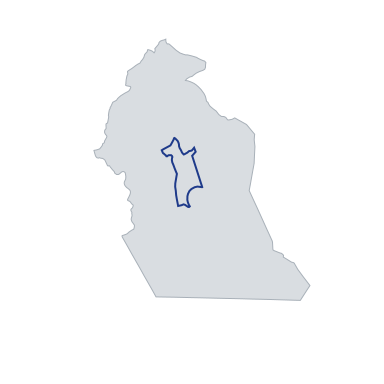 location of Batha Ouest, Batha, Chad, rotated 151°
{"feature_id": "50815135B78939282341988", "entity_name": "Batha Ouest", "entity_type": "district", "adm_level": 2, "iso_a3": "TCD", "parent_name": "Chad", "parent_adm1": "Batha", "projection": "natural_earth1", "projection_center": [18.7, 14.28], "detail": "fine", "context": "in_parent", "style": "outline", "palette": "blue", "viewbox_px": 384, "rotation_deg": 151, "n_neighbors": 0, "source": "geoboundaries", "source_scale": "gbopen_adm2", "svg_char_len": 4702}
<svg xmlns="http://www.w3.org/2000/svg" viewBox="0 0 384 384"><g transform="rotate(151 192 192)"><path d="M274.3,117.7L274.3,126.0L274.4,134.2L274.5,142.4L274.5,150.7L274.6,158.9L274.7,167.1L274.7,175.4L274.8,183.6L274.8,186.3L274.6,187.4L274.5,187.5L274.2,187.7L270.5,187.0L268.9,186.9L266.6,187.5L263.2,187.8L261.0,187.7L259.5,189.2L258.4,190.9L258.9,195.0L258.8,196.3L258.4,197.7L257.4,198.9L256.3,199.9L255.7,200.7L255.0,202.6L254.4,203.4L254.5,204.6L254.3,205.8L253.7,206.5L252.1,206.9L251.1,207.5L250.3,208.3L249.8,209.0L250.1,209.8L250.5,211.0L250.7,212.8L250.9,213.9L251.6,214.8L252.1,215.4L252.3,216.2L251.8,216.8L249.9,218.1L249.1,218.6L248.3,219.3L247.9,219.5L246.5,220.8L245.8,221.9L245.5,222.8L245.5,224.1L246.2,226.0L247.0,227.6L247.3,228.9L247.5,230.2L247.4,231.5L247.0,232.6L246.3,233.6L243.7,235.5L242.4,237.5L241.4,240.1L241.1,241.4L241.4,242.3L242.0,243.1L242.8,243.5L243.9,243.6L245.8,243.2L247.6,242.9L249.4,243.8L250.4,245.9L250.1,247.5L250.8,250.2L251.4,253.6L251.4,254.7L251.7,255.2L252.8,255.4L253.1,256.2L252.7,262.1L253.3,263.7L254.1,264.9L255.0,265.5L255.9,266.3L256.3,266.9L257.4,267.0L258.5,268.0L258.9,269.5L258.8,270.9L258.1,273.9L257.6,275.9L256.9,275.7L255.5,275.2L253.8,274.8L251.8,274.5L249.8,275.3L247.7,276.3L247.1,277.1L246.5,277.6L245.5,277.5L244.7,277.7L244.2,278.4L243.4,279.2L240.4,281.0L239.7,281.6L239.4,282.2L239.4,282.9L239.7,284.3L239.7,286.1L239.0,287.5L238.2,288.4L237.3,288.8L236.6,289.0L236.1,289.6L234.5,292.8L233.8,293.4L232.4,293.3L228.4,298.1L228.0,299.5L226.5,301.5L224.6,303.8L223.0,304.8L222.9,305.2L222.4,305.7L221.4,306.2L217.8,308.9L213.6,308.8L211.7,309.8L209.8,310.3L207.2,310.8L206.4,310.8L202.9,311.0L198.9,310.9L197.3,311.3L195.9,312.3L194.8,313.2L194.7,313.6L194.8,313.9L194.8,314.2L197.6,316.5L198.3,317.5L197.6,318.6L197.3,318.8L197.2,318.8L196.8,319.7L195.1,322.2L192.6,325.1L191.3,326.0L190.8,326.5L190.1,328.5L189.7,328.8L188.0,329.0L184.5,329.2L179.8,329.9L177.0,330.1L175.2,329.9L172.7,331.3L171.8,331.6L171.3,331.7L168.8,333.1L166.8,335.1L166.0,335.5L163.2,336.4L162.0,337.8L161.5,337.9L159.6,336.0L158.4,334.3L157.8,332.6L157.7,332.1L157.3,332.2L156.3,332.9L155.5,333.8L155.0,335.4L152.1,336.5L149.5,337.5L148.4,338.7L146.6,339.3L144.3,339.0L142.5,338.5L140.8,338.4L141.6,336.9L142.0,335.8L142.0,334.4L141.9,333.5L140.9,333.1L140.2,332.3L138.7,328.1L137.2,323.7L135.1,319.4L132.7,316.6L131.0,314.9L130.5,314.7L129.6,314.2L129.0,313.7L125.9,310.8L122.7,307.5L121.9,306.0L120.3,303.7L118.5,301.4L117.5,300.4L117.1,298.5L118.4,296.8L119.7,294.6L121.3,293.2L123.5,293.1L126.9,293.7L130.7,293.9L134.4,293.4L135.4,293.1L136.4,293.2L138.4,293.7L141.9,293.5L143.7,292.7L141.7,291.2L139.6,288.8L137.7,286.2L136.5,283.9L135.4,280.9L134.4,277.1L133.8,272.3L133.9,269.6L134.3,267.6L135.3,264.4L134.6,262.6L134.8,261.1L134.7,258.8L134.4,257.7L133.0,254.0L132.8,253.6L131.6,251.0L131.0,246.7L129.7,243.9L127.5,242.5L126.3,240.9L125.9,237.9L125.0,237.2L121.6,236.1L118.7,236.1L116.7,232.8L114.0,228.5L111.6,224.6L110.1,216.7L109.2,212.1L110.2,210.7L112.3,207.5L114.9,201.3L120.8,191.8L123.8,186.9L129.8,179.6L137.1,170.6L141.3,165.5L142.0,156.3L142.7,146.5L143.3,139.1L144.0,130.4L144.6,123.1L145.0,117.7L145.6,110.2L146.1,108.7L149.0,102.8L149.2,102.0L148.7,101.0L144.6,96.0L143.4,94.9L142.6,92.3L143.7,90.8L138.9,82.3L137.7,81.3L137.1,80.3L137.1,78.7L137.0,72.9L135.8,63.7L134.2,53.0L139.9,50.0L144.2,47.7L149.8,44.7L154.9,47.7L162.3,52.1L169.7,56.5L177.1,60.9L184.6,65.3L192.0,69.6L199.4,74.0L206.9,78.4L214.3,82.7L221.8,87.1L229.3,91.5L236.8,95.9L244.2,100.2L251.7,104.6L259.2,109.0L266.7,113.3L274.3,117.7Z" fill="#d9dde1" stroke="#a8b0b8" stroke-width="1"/><path d="M210.9,186.5L207.5,185.5L205.4,185.3L204.3,184.1L202.7,180.9L201.9,180.3L201.3,180.4L200.9,180.5L200.9,181.6L201.0,182.1L200.9,182.7L200.8,183.8L200.5,185.4L199.9,187.4L199.7,187.7L198.0,190.6L197.5,191.1L196.4,192.3L195.4,193.0L193.8,194.1L191.1,194.9L187.4,194.9L184.6,194.1L180.8,191.3L180.7,191.3L174.3,223.6L169.3,225.4L168.7,229.7L170.9,228.8L172.1,228.4L173.4,228.7L174.7,229.2L177.0,228.7L180.3,228.7L181.0,228.8L181.4,230.2L181.6,231.5L181.4,233.6L181.4,234.9L181.5,236.3L181.1,238.4L180.3,240.0L179.9,241.8L179.8,243.6L180.3,245.4L180.6,246.6L181.1,247.7L181.8,247.7L182.3,247.0L186.0,244.6L188.3,243.2L188.7,243.2L196.4,243.3L198.2,243.2L198.5,240.5L198.4,239.8L198.0,239.2L197.8,238.4L197.5,237.6L197.1,236.8L197.1,235.7L196.5,235.3L195.9,235.4L195.0,235.5L194.3,235.4L193.2,234.7L192.4,234.3L192.0,233.1L192.2,232.1L192.9,231.5L194.1,229.8L194.9,227.4L195.1,225.1L195.5,222.4L195.7,221.3L196.1,218.0L196.4,215.2L199.2,211.7L202.4,207.7L204.2,204.7L205.6,200.9L207.4,196.9L208.8,192.9L210.9,186.5Z" fill="none" stroke="#1e3a8a" stroke-width="2"/></g></svg>